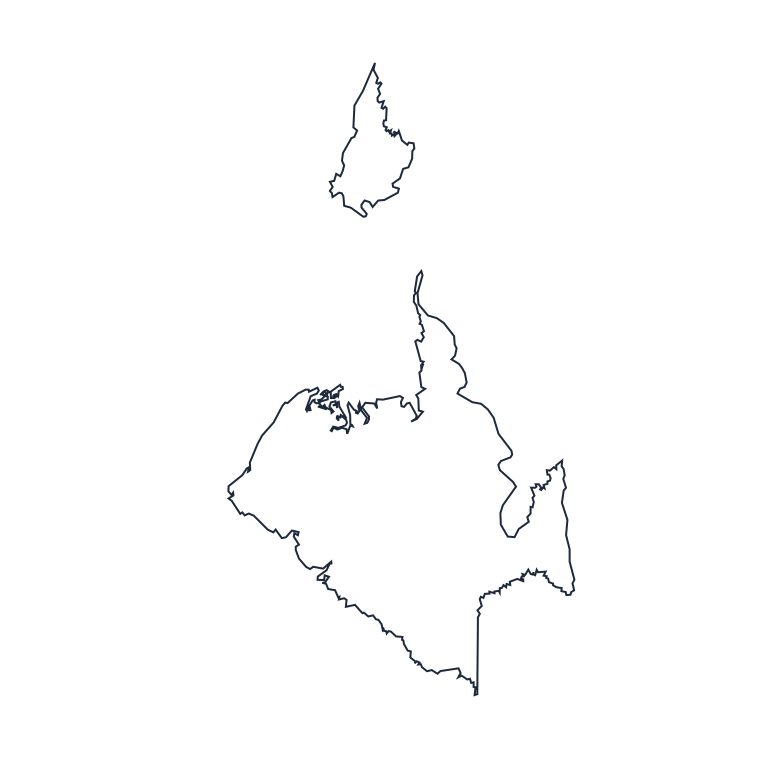 Tumaco, Nariño, Colombia, rotated 353°
{"feature_id": "7082276B11470740818947", "entity_name": "Tumaco", "entity_type": "district", "adm_level": 2, "iso_a3": "COL", "parent_name": "Colombia", "parent_adm1": "Nariño", "projection": "robinson", "projection_center": [-78.664, 1.822], "detail": "fine", "context": "isolated", "style": "outline", "palette": "slate", "viewbox_px": 768, "rotation_deg": 353, "n_neighbors": 0, "source": "geoboundaries", "source_scale": "gbopen_adm2", "svg_char_len": 6155}
<svg xmlns="http://www.w3.org/2000/svg" viewBox="0 0 768 768"><g transform="rotate(353 384 384)"><path d="M551.5,481.7L545.0,485.7L544.7,489.5L542.5,487.2L538.2,490.2L535.1,489.4L535.2,493.8L537.0,494.1L537.9,497.7L537.0,500.2L534.4,500.6L534.0,503.0L530.1,503.7L530.6,507.2L529.2,506.1L527.1,508.4L526.1,507.7L527.4,506.2L525.5,502.4L522.3,502.0L522.8,504.5L521.4,505.4L517.4,504.8L519.7,513.2L517.5,515.2L518.3,519.4L516.4,524.5L514.5,523.8L513.7,530.5L510.0,533.6L510.9,538.4L500.1,544.3L494.9,551.9L488.2,550.5L482.8,537.8L483.8,526.3L487.2,518.8L502.5,502.0L500.1,496.9L488.5,483.6L487.6,478.2L490.7,474.7L500.6,472.2L502.6,469.7L502.4,465.9L491.6,447.5L488.7,430.8L484.0,421.9L478.0,415.5L469.4,412.8L455.8,402.4L458.8,397.9L463.6,396.7L466.2,392.6L465.6,383.1L463.4,377.5L460.9,373.2L454.0,367.8L458.0,364.5L460.4,357.4L459.0,353.4L459.4,345.0L450.7,330.6L444.5,325.1L435.9,321.3L428.0,309.1L428.3,298.0L435.5,280.8L434.8,276.5L430.0,281.2L425.8,295.8L426.9,297.3L424.6,299.7L423.6,306.0L425.7,310.3L426.5,318.0L428.4,320.0L427.3,321.7L428.2,326.3L426.7,328.6L428.8,329.8L430.1,336.5L427.4,338.0L429.2,342.4L426.0,346.5L422.6,344.3L420.3,345.5L423.2,365.7L426.0,366.7L423.8,369.2L425.0,369.6L423.7,372.4L423.0,371.5L422.8,375.4L420.5,376.9L420.7,391.6L424.2,393.8L414.6,398.9L416.3,402.5L415.3,414.6L419.2,416.2L412.3,422.7L406.3,424.6L411.4,422.2L412.6,419.5L407.2,405.8L404.4,406.1L401.1,409.2L398.7,408.2L398.6,404.0L401.1,400.1L398.3,397.9L381.2,399.4L375.2,398.3L373.9,401.8L374.3,407.5L372.0,402.2L363.2,400.4L359.4,404.5L365.1,414.3L364.8,417.2L362.7,420.5L360.0,421.0L363.0,415.6L358.1,407.3L357.4,399.7L355.7,402.8L356.3,407.8L354.3,410.1L351.9,408.8L353.9,408.9L353.8,407.6L350.9,405.7L346.7,398.2L345.2,400.6L346.6,410.8L345.7,419.7L347.4,421.0L347.9,422.3L345.5,421.1L341.4,429.0L341.3,424.3L337.1,422.4L332.1,423.5L328.5,421.2L326.4,424.4L325.5,423.7L328.4,420.1L333.4,422.0L340.9,420.4L342.5,418.0L342.1,415.0L337.5,410.0L336.7,412.0L334.8,411.5L333.7,410.6L333.2,412.2L334.1,412.1L334.4,412.5L334.5,414.9L333.0,412.2L333.3,410.7L333.9,410.2L336.7,411.6L337.3,409.5L342.5,413.7L336.9,400.9L336.9,396.2L334.9,396.9L334.6,402.2L334.1,398.8L330.5,399.1L334.0,398.0L333.7,395.2L329.1,395.8L327.1,399.7L330.5,405.1L328.4,406.4L328.3,403.5L323.2,400.0L322.4,397.5L320.3,399.2L324.2,402.2L315.7,398.4L319.2,398.2L317.4,395.7L318.2,393.8L326.3,392.4L326.7,389.7L325.5,389.3L327.3,385.1L330.1,386.2L329.6,391.5L332.8,391.8L332.1,389.9L332.8,389.7L333.2,391.5L334.7,390.1L335.1,391.6L335.4,389.9L333.5,389.5L333.3,388.7L335.5,388.2L337.0,390.5L338.2,385.5L342.6,384.0L342.6,381.8L340.9,381.6L340.4,379.5L329.4,385.6L326.3,383.1L323.0,384.1L319.3,387.1L320.5,386.4L322.7,387.9L323.7,387.8L322.4,387.4L322.7,385.0L324.6,384.3L325.5,387.3L320.1,391.7L316.7,392.0L317.8,394.5L314.8,395.0L312.8,393.6L313.2,391.2L311.2,391.6L307.3,396.3L307.9,401.0L306.4,400.9L306.0,398.5L304.2,401.5L303.5,399.7L309.7,387.2L316.3,385.3L318.5,382.5L317.5,379.6L308.6,382.5L308.6,380.5L305.7,380.0L297.4,383.0L285.9,391.2L283.7,390.4L280.6,393.2L269.8,408.7L256.8,420.2L251.2,428.1L241.3,445.6L240.7,453.2L238.4,454.4L239.8,450.2L237.5,451.1L232.3,457.2L217.3,466.5L216.5,471.5L219.0,475.4L221.0,473.4L221.0,476.2L215.8,478.7L218.7,481.5L225.5,495.4L227.8,494.2L229.7,497.4L234.0,496.1L238.7,498.8L250.9,514.4L256.1,517.8L258.7,515.3L263.8,524.5L268.0,524.2L274.8,518.2L281.2,520.6L280.1,523.6L276.8,521.2L275.9,524.5L280.0,533.1L276.6,534.7L276.2,537.9L278.3,546.9L284.4,556.0L288.1,558.7L291.4,556.8L301.1,559.8L310.0,553.8L310.0,555.7L308.1,555.8L304.2,561.9L294.8,567.1L294.2,570.3L300.7,571.3L301.8,566.7L305.9,568.6L301.3,573.7L298.5,573.9L302.1,575.1L303.6,580.7L310.3,582.7L312.6,590.3L313.8,589.8L313.0,592.4L318.4,591.8L320.5,593.7L319.0,600.5L328.3,599.7L334.6,608.8L336.1,608.4L340.1,612.8L345.0,612.3L347.3,616.5L349.7,617.4L352.3,622.1L352.8,628.1L353.7,627.1L354.0,629.1L356.2,629.7L356.3,631.9L358.4,629.9L360.6,630.5L365.2,636.0L371.5,637.3L370.7,640.1L372.0,640.9L372.1,644.5L375.0,651.5L378.0,652.7L376.8,658.7L381.4,663.3L380.5,665.0L382.7,663.2L385.3,664.7L383.9,666.6L386.4,666.6L387.2,669.7L391.7,674.3L396.6,673.8L401.8,678.1L405.0,675.8L423.3,675.3L424.8,680.2L422.0,684.2L425.5,682.9L430.6,687.4L433.4,687.0L434.1,691.3L436.6,691.0L436.0,695.6L437.9,696.1L436.0,703.8L438.8,703.2L448.8,627.0L451.1,623.8L449.2,620.0L454.0,616.2L452.8,609.1L454.2,607.0L456.6,608.4L458.5,604.6L463.2,604.9L463.3,603.0L468.2,605.1L468.3,603.4L472.7,603.3L473.4,605.1L474.1,600.7L476.1,600.8L478.1,598.2L480.4,600.6L481.3,597.4L484.8,598.9L484.8,595.6L492.5,593.7L498.2,596.7L498.4,594.8L496.2,593.8L497.2,591.9L499.3,591.9L498.4,589.6L500.9,590.6L504.6,585.8L506.4,590.4L508.2,591.2L509.5,588.9L508.9,591.0L510.7,592.2L512.9,587.0L513.9,589.6L521.6,589.9L519.1,593.7L522.0,594.6L521.4,596.3L523.2,597.1L523.6,600.8L527.5,602.7L527.3,604.4L530.2,606.6L535.5,608.3L534.8,611.2L539.0,612.6L539.3,615.7L543.4,615.9L544.4,613.4L547.6,611.9L546.8,604.9L549.1,601.5L546.6,582.9L548.1,570.7L546.3,556.2L549.5,541.2L546.1,523.6L549.4,511.6L552.0,509.2L550.4,500.0L552.2,496.7L551.9,490.2L550.3,487.4L551.5,481.7ZM415.2,79.5L411.9,70.8L414.2,64.2L398.7,90.7L388.6,104.0L384.9,125.6L388.2,129.1L384.7,135.1L381.7,135.9L371.4,149.8L369.5,157.3L371.1,162.2L368.9,167.6L366.0,172.5L362.2,169.6L359.3,176.3L355.0,176.7L357.1,182.1L353.8,185.8L355.6,188.4L355.7,192.2L362.7,188.6L365.3,189.5L366.6,192.7L366.2,202.3L372.5,204.9L383.9,215.5L386.4,215.3L387.6,213.1L383.2,206.2L383.4,203.4L387.1,199.5L391.9,201.7L394.3,206.9L400.6,201.2L406.8,201.4L421.1,195.8L422.6,191.9L417.1,189.5L416.9,186.2L424.9,181.9L429.2,172.8L434.7,171.9L439.4,163.7L440.5,156.4L442.8,154.0L442.7,148.7L438.0,147.4L436.3,149.5L431.5,144.5L429.5,134.6L428.0,137.1L424.3,134.5L426.1,138.0L424.6,139.3L424.3,137.4L422.1,138.4L422.1,136.4L420.5,136.1L421.8,133.1L419.9,134.2L419.4,132.6L417.5,133.4L416.5,132.1L418.0,129.5L415.3,128.2L415.1,125.4L416.0,122.5L418.2,122.5L420.2,110.6L419.0,108.9L416.7,110.7L415.2,109.6L418.2,103.2L413.6,104.1L412.2,102.4L412.4,99.0L415.5,95.6L414.1,90.2L418.1,85.6L417.2,84.2L414.6,85.3L413.0,84.2L415.2,79.5Z" fill="none" stroke="#1e293b" stroke-width="2"/></g></svg>